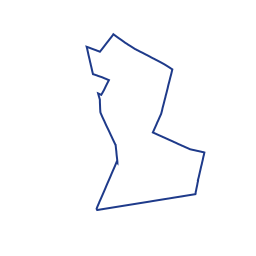 Comuna 11, Ciudad de Buenos Aires, Argentina (Albers equal-area conic projection), rotated 240°
{"feature_id": "61730980B31104759078199", "entity_name": "Comuna 11", "entity_type": "district", "adm_level": 2, "iso_a3": "ARG", "parent_name": "Argentina", "parent_adm1": "Ciudad de Buenos Aires", "projection": "albers", "projection_center": [-58.493, -34.603], "detail": "fine", "context": "isolated", "style": "outline", "palette": "blue", "viewbox_px": 256, "rotation_deg": 240, "n_neighbors": 0, "source": "geoboundaries", "source_scale": "gbopen_adm2", "svg_char_len": 3662}
<svg xmlns="http://www.w3.org/2000/svg" viewBox="0 0 256 256"><g transform="rotate(240 128 128)"><path d="M219.0,132.8L217.8,132.5L215.0,131.6L214.7,131.5L213.7,131.2L211.3,130.4L211.0,130.3L209.6,129.9L207.6,129.3L207.2,129.2L203.8,128.1L202.3,127.7L201.5,127.4L200.1,127.0L199.4,126.8L196.2,125.8L195.8,125.7L195.6,125.6L192.5,124.7L192.1,124.6L191.2,125.5L188.8,127.6L188.2,128.0L185.2,130.7L184.9,130.9L184.7,131.1L182.5,132.7L181.7,133.4L181.5,133.5L179.0,135.4L176.7,131.8L174.7,128.8L174.6,128.7L172.9,126.2L171.4,123.7L170.1,121.4L172.2,119.9L172.5,119.7L172.9,119.4L169.5,118.5L169.3,118.5L167.4,118.0L166.6,117.8L164.3,116.5L161.6,115.1L158.2,113.3L156.3,112.4L156.0,112.2L155.9,112.2L155.2,111.9L154.7,111.8L151.2,111.4L150.3,111.3L147.9,111.1L147.0,111.0L146.5,111.0L145.3,110.9L144.7,110.8L143.6,110.7L141.7,110.5L139.1,110.3L137.4,110.2L134.8,110.0L131.5,109.7L130.7,109.6L130.4,109.6L129.1,109.5L125.8,109.2L120.5,108.8L119.6,108.7L119.5,108.8L116.4,107.4L113.4,106.1L113.1,106.0L112.8,105.8L111.9,105.4L110.4,104.7L107.6,103.5L105.1,102.4L104.8,102.2L104.0,101.9L103.1,101.4L104.3,101.2L103.3,99.9L101.6,97.7L99.9,95.4L98.6,93.6L98.3,93.2L96.6,90.9L94.9,88.7L92.9,86.0L91.0,83.4L89.0,80.7L87.0,78.1L85.2,75.7L83.8,73.8L83.5,73.4L81.8,71.1L80.4,69.2L80.1,68.8L78.1,66.0L77.7,65.6L76.7,64.2L76.4,63.8L74.9,61.8L74.7,61.6L74.5,61.3L74.3,61.1L74.0,60.7L73.9,60.6L73.7,60.4L73.2,60.4L72.9,60.3L72.4,60.3L57.3,99.9L53.4,110.1L52.6,112.3L37.0,153.3L37.6,153.9L37.8,154.0L38.8,154.7L39.8,155.7L40.9,156.6L41.9,157.5L42.9,158.4L44.0,159.4L45.8,160.9L46.1,161.2L46.4,161.5L46.8,161.9L47.6,162.5L47.8,162.4L49.8,164.4L50.2,164.8L52.8,167.2L55.8,170.0L58.2,172.2L58.5,172.5L59.9,173.9L60.5,174.4L62.1,175.9L62.5,176.3L63.6,177.3L64.2,177.8L64.6,178.2L65.4,178.9L66.6,180.1L68.6,181.9L69.5,181.1L69.7,180.8L70.0,180.4L71.0,179.4L71.9,178.4L73.3,176.9L73.6,176.5L73.7,176.4L73.8,176.3L75.4,174.6L77.1,172.7L78.7,171.0L79.9,170.2L81.0,169.4L82.2,168.5L83.3,167.7L83.9,167.3L84.3,167.0L84.7,166.7L85.0,166.5L85.4,166.2L85.6,166.0L86.1,165.6L86.5,165.4L87.2,164.9L87.6,164.6L88.5,163.9L88.9,163.6L89.5,163.2L89.8,163.0L90.4,162.6L90.9,162.3L91.4,161.9L91.6,161.7L92.0,161.5L92.3,161.3L92.6,161.0L92.9,160.8L94.1,160.0L97.8,157.3L97.9,157.2L98.3,157.0L98.5,156.8L98.7,156.7L99.6,156.0L100.2,155.6L100.6,155.3L101.2,154.9L101.6,154.6L102.0,154.3L102.1,154.2L102.3,154.1L102.6,153.8L103.1,153.5L103.4,153.3L103.8,153.0L104.2,152.7L106.0,151.4L106.5,151.0L106.8,150.8L108.5,149.6L108.8,149.4L111.7,147.3L113.9,150.3L116.2,153.5L116.6,154.0L116.8,154.4L116.9,154.5L117.2,154.8L118.6,156.7L118.9,157.2L121.1,160.2L121.4,160.6L123.6,163.7L125.6,165.7L126.0,166.1L128.1,168.0L128.4,168.3L131.1,171.0L133.9,173.7L136.3,176.1L136.7,176.4L139.4,179.1L142.2,181.8L142.5,182.1L145.0,184.4L147.7,187.1L150.5,189.8L150.8,190.1L153.2,192.5L154.9,194.1L156.6,195.7L158.7,194.6L158.8,194.6L159.0,194.5L159.2,194.4L161.7,193.1L164.3,191.7L165.2,191.2L166.7,190.3L168.0,189.5L168.5,189.2L169.3,188.7L172.0,187.0L173.8,185.8L174.6,185.4L175.2,184.9L177.7,183.3L178.6,182.8L181.8,180.8L182.2,180.5L182.5,180.3L185.2,178.6L185.7,178.3L188.3,176.5L190.3,175.3L190.9,174.8L191.0,174.8L191.7,174.4L192.4,173.9L192.8,173.6L194.6,172.7L197.7,171.1L197.9,171.0L200.4,169.6L200.8,169.5L203.2,168.2L203.4,168.1L203.6,168.0L203.8,167.9L204.4,167.7L206.8,166.6L207.3,166.4L210.2,165.0L213.3,163.6L214.0,163.3L214.7,163.0L216.5,162.2L216.2,161.7L214.9,158.6L213.8,155.8L213.6,155.4L212.3,152.1L210.8,148.5L209.4,145.1L208.1,141.8L208.6,141.4L209.5,140.7L210.9,139.5L211.1,139.4L213.7,137.2L215.9,135.4L216.3,135.1L218.2,133.5L219.0,132.8Z" fill="none" stroke="#1e3a8a" stroke-width="2"/></g></svg>